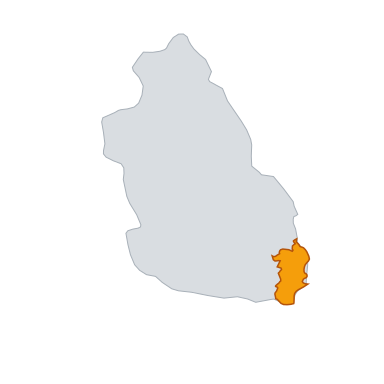 Samchi highlighted on a map of Bhutan, rotated 242°
{"feature_id": "BTN-2438", "entity_name": "Samchi", "entity_type": "District", "adm_level": 1, "iso_a3": "BTN", "parent_name": "Bhutan", "parent_adm1": "", "projection": "natural_earth1", "projection_center": [89.102, 27.046], "detail": "fine", "context": "in_parent", "style": "filled", "palette": "amber", "viewbox_px": 384, "rotation_deg": 242, "n_neighbors": 0, "source": "natural_earth", "source_scale": "10m", "svg_char_len": 2818}
<svg xmlns="http://www.w3.org/2000/svg" viewBox="0 0 384 384"><g transform="rotate(242 192 192)"><path d="M298.6,165.3L298.1,167.7L295.7,174.0L294.1,180.9L295.5,186.6L301.0,193.3L308.5,198.7L317.9,199.1L326.6,197.1L330.1,197.9L334.9,206.9L338.3,214.7L333.8,222.8L331.3,229.8L330.5,234.8L331.0,237.0L333.9,241.1L337.2,248.0L337.7,254.3L335.6,258.5L331.2,260.6L326.4,260.0L322.4,260.1L317.5,260.8L309.8,263.2L302.6,266.2L289.2,265.7L283.8,259.4L281.2,259.4L269.0,267.5L255.7,266.1L231.4,268.8L221.2,269.4L210.8,268.5L205.5,266.8L195.7,261.1L186.8,256.9L177.8,260.7L174.6,261.4L167.4,271.2L151.7,274.4L136.0,276.8L131.4,275.5L122.6,274.9L122.2,272.6L122.5,270.4L120.5,268.6L116.9,266.8L110.7,266.1L102.8,263.6L98.3,261.3L82.2,264.7L72.8,259.6L62.2,252.5L56.8,249.4L54.9,238.4L53.0,234.9L48.8,231.2L46.5,226.9L48.4,222.4L59.0,214.0L59.8,212.1L64.7,196.5L71.5,190.8L78.2,182.9L83.3,170.4L93.0,157.6L103.8,144.4L111.1,133.7L116.0,128.7L126.1,123.3L134.6,120.2L140.4,113.0L147.4,109.0L154.7,107.2L165.4,108.2L175.5,110.7L186.6,114.3L187.9,117.2L187.0,122.3L185.4,127.4L185.3,130.1L187.1,131.5L197.9,132.5L211.2,131.7L218.7,132.4L235.3,137.2L240.2,140.6L245.3,143.1L250.2,142.7L256.5,137.2L263.1,132.5L267.2,131.7L270.1,133.3L275.4,137.7L286.4,141.9L296.2,145.1L299.4,148.1L298.4,161.0L298.6,165.3Z" fill="#d9dde1" stroke="#a8b0b8" stroke-width="1"/><path d="M46.0,229.7L45.7,229.4L46.5,226.4L47.9,223.0L49.7,220.0L51.9,218.3L57.2,216.9L58.5,215.8L59.6,216.3L62.8,217.2L63.4,217.6L63.8,217.9L64.9,220.2L67.0,222.7L68.0,222.6L68.5,222.2L68.7,221.9L69.2,221.6L69.5,221.5L69.8,221.7L70.2,222.7L70.2,223.2L70.4,223.6L70.5,224.1L70.6,224.3L70.6,224.6L70.6,224.8L70.6,225.0L70.7,225.4L70.8,225.9L71.0,226.3L71.4,227.1L71.6,227.5L71.7,227.9L71.7,228.3L71.8,228.6L73.5,229.4L79.8,230.1L80.1,230.8L80.2,231.5L80.3,231.8L80.5,232.1L80.7,232.4L80.9,232.8L81.1,233.1L81.2,233.5L81.4,234.4L81.7,234.8L83.0,234.9L85.9,232.1L89.9,237.6L90.0,237.5L91.1,235.6L91.3,234.7L92.1,232.9L94.0,232.0L98.0,232.8L96.8,233.6L96.3,234.4L96.0,235.6L96.3,237.7L96.4,240.4L97.4,240.6L97.9,240.8L98.3,241.3L98.8,241.8L99.2,242.6L99.4,243.1L99.0,245.4L95.6,250.4L92.6,252.7L93.0,253.6L93.2,253.8L93.6,253.9L93.9,253.7L94.2,253.6L94.7,253.8L96.5,254.9L97.2,255.4L97.6,257.0L97.8,257.7L97.8,258.1L97.8,258.5L97.8,258.8L98.2,258.9L100.0,258.4L100.7,258.4L101.2,258.6L101.5,260.2L101.5,262.5L99.1,260.7L95.5,261.7L94.3,261.7L93.2,261.8L92.2,262.6L91.3,263.6L90.3,264.3L87.9,265.0L85.4,265.3L80.5,265.0L77.7,264.2L76.5,262.6L75.8,260.5L74.6,257.8L73.2,256.2L71.2,254.6L69.0,253.5L67.1,253.6L66.3,254.3L65.3,254.6L64.3,254.4L63.4,253.9L62.8,252.8L62.8,251.8L62.9,250.7L62.7,249.4L61.1,247.3L59.4,247.6L57.7,249.1L56.3,251.1L55.8,245.9L55.8,240.1L55.4,237.4L54.2,235.0L52.3,233.4L46.8,230.3L46.0,229.7Z" fill="#f59e0b" stroke="#b45309" stroke-width="1.5"/></g></svg>